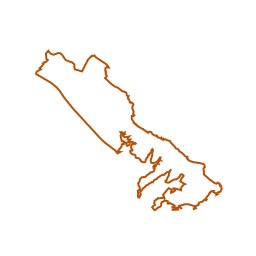 the district of Devonport-Takapuna Local Board Area, Auckland, New Zealand, rotated 344°
{"feature_id": "76426892B81581642165693", "entity_name": "Devonport-Takapuna Local Board Area", "entity_type": "district", "adm_level": 2, "iso_a3": "NZL", "parent_name": "New Zealand", "parent_adm1": "Auckland", "projection": "albers", "projection_center": [174.779, -36.789], "detail": "fine", "context": "isolated", "style": "outline", "palette": "amber", "viewbox_px": 256, "rotation_deg": 344, "n_neighbors": 0, "source": "geoboundaries", "source_scale": "gbopen_adm2", "svg_char_len": 6060}
<svg xmlns="http://www.w3.org/2000/svg" viewBox="0 0 256 256"><g transform="rotate(344 128 128)"><path d="M72.7,31.9L69.6,33.8L68.6,39.6L69.6,40.6L66.9,42.1L65.1,41.7L63.9,42.6L64.3,43.2L62.0,44.9L59.5,46.2L60.5,47.6L56.0,48.6L55.4,49.1L54.5,50.7L66.6,63.5L70.4,69.0L72.6,73.6L74.9,80.8L80.4,94.0L99.4,132.0L102.0,136.0L109.5,146.0L110.8,149.5L113.8,148.9L111.2,147.9L116.6,144.1L117.6,142.0L119.6,142.2L120.6,140.6L120.1,139.5L118.8,139.4L118.4,138.8L118.7,133.4L120.0,131.7L120.0,131.0L119.6,130.0L120.9,130.2L121.0,131.3L121.5,131.8L123.6,131.4L122.9,132.6L123.2,133.1L121.3,133.4L121.0,134.0L121.2,134.8L123.0,136.2L126.8,136.5L125.3,137.4L124.5,138.8L124.9,139.4L127.0,139.7L124.9,141.5L123.5,141.8L122.2,141.5L121.9,142.7L122.0,144.4L122.5,145.0L124.7,144.7L125.3,143.7L125.5,142.5L125.9,142.1L126.7,141.9L128.6,142.7L129.9,144.1L130.8,144.4L131.1,145.1L129.9,145.3L128.4,144.4L127.6,144.5L125.6,147.3L125.6,149.4L126.2,149.7L126.3,150.6L125.8,150.9L124.5,150.5L123.6,150.8L123.6,152.3L124.5,154.1L126.2,155.2L127.1,155.4L127.6,156.5L127.3,158.1L127.7,159.0L129.8,160.0L130.6,160.8L130.8,161.7L131.2,161.9L131.2,163.2L132.5,164.8L134.7,165.6L135.5,165.1L136.5,163.1L137.6,162.4L137.7,161.9L138.6,161.6L140.0,160.0L140.2,159.3L141.1,159.7L141.8,158.6L144.4,156.8L144.5,156.3L143.8,155.5L144.8,156.0L145.8,154.8L146.3,154.7L145.9,154.9L145.8,155.7L146.0,156.0L145.2,157.6L144.4,158.2L144.0,160.6L140.9,165.2L140.6,167.6L142.0,168.5L144.8,168.8L147.2,168.1L148.9,166.6L149.8,166.2L150.4,165.4L150.8,165.1L151.2,165.4L150.0,167.0L149.9,167.5L150.3,168.1L149.3,167.7L148.7,168.4L148.4,168.5L147.6,169.7L147.6,170.6L147.3,170.3L145.4,171.1L144.4,171.2L144.1,171.6L144.3,172.0L144.1,172.5L143.0,172.4L143.3,171.6L142.9,171.6L142.8,171.2L141.8,171.8L141.6,173.4L142.4,173.5L142.5,174.3L141.5,176.2L139.4,177.1L137.2,176.9L136.9,177.4L133.6,178.5L131.3,179.8L129.8,179.8L129.4,179.4L127.9,179.2L125.9,180.2L124.9,181.3L124.1,183.0L122.5,183.9L122.6,184.8L122.2,186.2L122.8,187.3L122.8,189.5L122.6,190.1L122.3,189.9L121.9,190.4L122.1,190.8L120.2,191.0L119.4,194.8L118.7,196.0L118.8,197.4L119.7,198.0L121.3,196.0L121.7,196.0L121.8,196.4L122.0,193.1L126.3,189.9L127.5,189.7L129.6,188.2L131.6,188.1L132.9,187.2L134.3,187.3L135.9,186.5L136.9,187.1L138.7,185.3L141.7,184.9L143.1,183.9L147.9,182.5L150.1,183.0L151.4,181.9L153.8,181.2L155.8,181.6L156.4,180.8L158.3,179.6L156.5,180.9L154.5,183.7L154.0,185.2L152.6,186.2L151.4,187.9L150.0,189.3L149.4,189.2L149.2,190.4L151.6,191.7L153.5,191.5L154.3,191.0L155.3,191.0L157.6,190.2L160.3,190.6L162.5,189.9L164.9,188.5L165.4,187.3L167.4,187.4L168.3,189.4L165.2,191.5L163.5,193.7L167.2,197.5L166.6,197.5L163.3,199.4L162.1,200.9L161.8,202.5L161.2,202.1L161.1,201.3L159.7,201.1L156.6,199.1L154.9,198.6L154.8,199.2L155.7,200.0L156.1,200.9L155.0,201.7L151.5,202.1L151.7,201.2L152.7,200.4L153.0,199.6L151.3,197.6L150.4,197.1L143.3,201.9L143.8,204.8L143.5,205.8L143.2,205.3L142.2,204.7L138.2,204.1L137.4,203.7L136.9,204.2L135.6,204.4L135.1,204.9L133.6,205.1L132.5,207.6L132.8,208.2L132.7,209.3L130.4,210.1L129.4,210.9L130.8,214.2L132.0,214.2L135.0,212.7L136.7,212.7L138.4,211.8L139.2,209.5L139.9,208.8L140.5,208.8L140.5,208.5L142.1,208.2L144.3,208.4L145.3,208.7L146.0,209.3L145.6,210.3L145.2,210.6L145.6,210.5L145.7,210.8L144.8,212.0L145.4,211.7L145.8,210.8L146.1,210.9L145.8,211.8L146.1,211.9L146.4,211.0L146.8,211.2L146.6,212.1L147.0,211.3L147.4,211.5L151.4,215.4L150.5,216.7L148.1,215.9L153.7,218.4L153.2,219.7L148.4,218.6L148.4,219.0L153.5,220.1L153.4,219.8L154.0,218.5L154.3,218.6L155.2,217.4L156.9,219.9L157.1,219.8L155.4,217.3L155.8,217.0L161.7,217.0L164.9,217.9L170.8,221.7L170.7,222.5L169.2,222.7L171.0,222.9L170.7,223.6L169.0,223.8L169.0,224.1L171.2,223.9L171.1,223.1L171.7,221.8L173.0,221.4L174.6,221.4L174.8,221.1L174.4,220.8L174.6,220.4L175.9,219.3L179.1,219.3L182.1,217.8L182.5,218.0L182.7,218.7L183.3,218.6L183.4,218.3L183.6,218.7L183.8,218.5L183.4,218.2L183.8,217.5L183.6,217.4L184.3,216.4L187.1,214.4L188.9,212.6L189.2,212.8L189.8,212.1L190.9,211.8L191.3,211.8L191.3,212.3L191.5,211.9L193.0,212.3L192.3,212.9L194.1,214.9L194.7,216.4L194.6,216.6L195.1,216.5L194.8,216.4L194.3,215.1L194.8,215.3L197.1,214.6L199.3,214.7L201.1,212.6L201.3,211.9L201.5,209.2L200.9,208.1L200.7,208.3L200.7,206.6L199.5,206.2L199.1,205.3L198.0,205.9L196.4,205.1L192.3,200.0L188.1,193.4L188.5,192.9L188.9,191.6L189.2,188.4L189.8,187.3L190.5,186.8L190.9,186.9L190.9,186.4L191.2,185.9L191.3,184.8L190.4,183.1L189.3,182.7L186.6,181.0L185.2,180.7L183.7,179.7L181.9,179.2L178.2,176.6L177.1,175.3L177.1,174.6L176.3,173.8L176.3,173.3L176.9,172.8L177.0,172.2L176.4,172.2L176.7,172.1L175.3,170.9L173.2,167.1L170.8,164.3L170.8,163.7L170.3,162.3L169.4,161.4L168.4,160.9L167.4,157.9L165.3,154.3L164.7,152.1L163.9,151.7L160.5,149.1L159.4,149.1L159.1,148.1L158.6,148.4L158.2,147.9L158.1,148.2L157.7,147.3L157.6,147.7L157.3,147.7L157.4,147.1L157.2,146.7L156.5,146.9L155.1,145.7L154.3,145.5L153.8,144.3L153.4,144.0L153.7,143.8L153.5,143.0L152.2,142.9L150.8,141.8L149.9,140.7L149.2,138.6L148.6,137.9L145.5,137.2L145.5,137.5L144.9,136.8L145.0,136.6L142.5,134.0L142.3,133.1L141.1,132.5L139.4,130.4L138.9,130.2L136.9,127.7L136.7,127.1L136.9,126.9L136.3,126.2L136.1,126.4L134.9,124.7L135.3,124.3L134.2,120.8L134.5,118.7L135.0,117.4L135.6,117.4L136.4,118.0L137.5,117.7L136.9,115.8L138.0,113.8L137.8,113.0L137.6,110.8L137.8,110.5L137.6,110.0L138.3,108.3L139.6,107.1L139.6,106.1L138.8,104.7L137.9,104.3L137.6,104.5L136.9,104.0L137.1,103.8L136.7,100.2L136.2,100.0L136.1,99.4L137.2,97.7L136.6,97.8L135.8,96.0L136.1,93.7L134.6,92.2L133.1,91.4L131.9,90.1L129.6,86.7L126.8,84.5L123.8,80.7L120.5,74.9L119.7,74.0L119.7,73.6L121.6,72.8L121.9,72.3L122.0,71.7L121.4,70.4L121.5,69.9L121.7,68.9L122.1,68.9L122.3,67.8L122.3,67.1L122.0,67.2L121.9,66.8L122.8,64.3L123.8,63.7L126.2,64.6L125.6,62.7L124.5,60.5L116.8,51.5L115.7,49.0L113.4,49.1L113.2,48.6L108.6,51.1L99.4,60.9L93.1,57.0L93.0,55.1L93.9,52.8L93.6,51.4L92.2,49.4L89.7,47.8L86.7,45.3L85.0,39.9L83.8,37.7L81.7,36.7L76.8,37.0L76.0,36.7L74.2,35.2L73.0,33.1L72.7,31.9Z" fill="none" stroke="#b45309" stroke-width="2"/></g></svg>